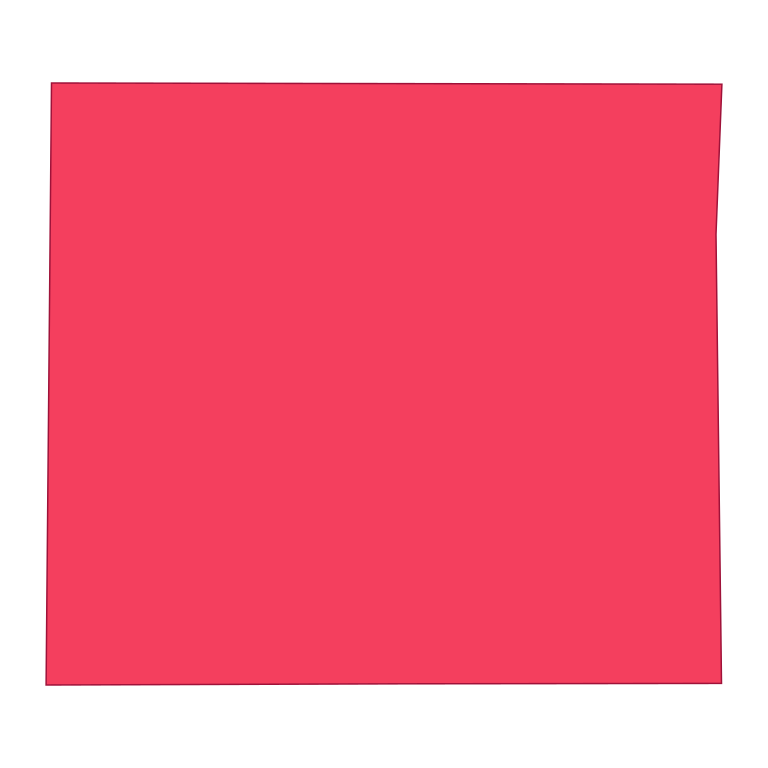 Wexford, Michigan, United States of America
{"feature_id": "52423323B1059568410794", "entity_name": "Wexford", "entity_type": "district", "adm_level": 2, "iso_a3": "USA", "parent_name": "United States of America", "parent_adm1": "Michigan", "projection": "robinson", "projection_center": [-85.559, 44.339], "detail": "fine", "context": "isolated", "style": "filled", "palette": "rose", "viewbox_px": 768, "rotation_deg": 0, "n_neighbors": 0, "source": "geoboundaries", "source_scale": "gbopen_adm2", "svg_char_len": 222}
<svg xmlns="http://www.w3.org/2000/svg" viewBox="0 0 768 768"><path d="M51.5,83.0L46.1,685.0L402.4,683.8L569.2,683.6L721.5,683.4L716.0,234.2L721.9,84.2L51.5,83.0Z" fill="#f43f5e" stroke="#9f1239" stroke-width="1.5"/></svg>